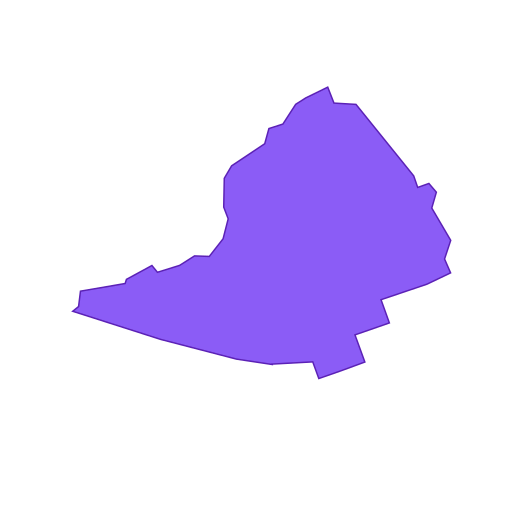 Assumption, Louisiana, United States of America, rotated 71°
{"feature_id": "52423323B50058154101732", "entity_name": "Assumption", "entity_type": "district", "adm_level": 2, "iso_a3": "USA", "parent_name": "United States of America", "parent_adm1": "Louisiana", "projection": "mercator", "projection_center": [-91.067, 29.854], "detail": "fine", "context": "isolated", "style": "filled", "palette": "violet", "viewbox_px": 512, "rotation_deg": 71, "n_neighbors": 0, "source": "geoboundaries", "source_scale": "gbopen_adm2", "svg_char_len": 701}
<svg xmlns="http://www.w3.org/2000/svg" viewBox="0 0 512 512"><g transform="rotate(71 256 256)"><path d="M335.3,77.5L320.2,78.7L304.6,66.8L267.9,74.2L254.4,64.7L243.7,68.9L243.8,80.8L231.6,80.8L145.2,112.1L136.8,132.5L119.7,133.2L122.7,157.4L125.5,169.1L140.0,187.6L139.7,202.3L152.7,211.2L162.8,249.7L172.2,260.7L199.3,270.6L211.8,270.2L229.0,281.5L241.2,300.3L235.9,314.1L240.0,331.3L239.3,354.5L231.1,357.5L235.9,386.1L239.4,388.7L232.1,433.4L246.0,440.2L248.6,447.3L303.9,373.2L347.1,308.1L363.8,276.1L363.4,276.1L374.6,236.8L392.3,236.5L392.2,213.0L391.9,197.6L391.7,187.6L362.8,188.1L362.7,151.7L338.0,152.0L338.3,103.4L335.3,77.5Z" fill="#8b5cf6" stroke="#5b21b6" stroke-width="1.5"/></g></svg>